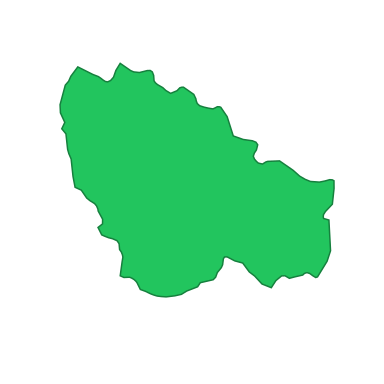 an SVG outline of Järva, rotated 103°
{"feature_id": "EST-1656", "entity_name": "Järva", "entity_type": "County", "adm_level": 1, "iso_a3": "EST", "parent_name": "Estonia", "parent_adm1": "", "projection": "orthographic", "projection_center": [25.661, 58.953], "detail": "fine", "context": "isolated", "style": "filled", "palette": "green", "viewbox_px": 384, "rotation_deg": 103, "n_neighbors": 0, "source": "natural_earth", "source_scale": "10m", "svg_char_len": 1977}
<svg xmlns="http://www.w3.org/2000/svg" viewBox="0 0 384 384"><g transform="rotate(103 192 192)"><path d="M213.7,307.0L203.7,311.4L187.0,317.2L182.4,320.6L178.4,322.8L163.7,327.9L159.7,333.1L152.8,331.6L144.5,338.0L136.6,340.2L116.4,339.5L111.8,337.1L106.5,336.1L95.8,331.4L99.8,314.9L100.6,309.2L101.6,306.6L102.9,303.8L103.8,301.4L103.7,299.0L101.7,296.4L97.8,294.3L90.6,293.5L82.8,290.9L87.5,279.1L88.1,275.8L87.4,270.1L83.7,262.8L83.0,260.0L83.9,257.7L87.0,255.6L92.2,254.0L93.8,252.3L95.1,249.8L96.9,243.9L99.0,240.3L100.7,235.0L96.7,229.4L93.2,227.3L92.2,225.5L91.8,223.9L96.5,212.2L100.3,209.2L102.2,208.4L104.6,206.8L106.2,204.0L106.6,199.4L106.6,195.0L106.3,190.3L104.7,188.2L103.2,186.5L102.8,184.3L103.0,183.0L110.7,174.7L128.1,164.4L129.3,153.9L128.5,144.7L129.1,140.9L131.2,138.6L136.5,138.7L140.1,140.0L143.4,140.3L145.9,138.5L147.7,136.1L148.9,133.9L148.9,129.6L146.2,126.9L145.2,125.3L142.0,113.7L148.1,98.4L152.3,90.7L154.2,84.6L155.1,79.0L153.7,70.1L151.3,64.8L149.0,60.6L148.6,58.0L149.1,56.2L156.6,54.4L172.3,52.5L181.0,57.6L184.5,58.8L186.8,58.5L188.2,57.8L188.5,52.3L218.1,43.8L229.1,44.8L246.5,50.6L247.5,52.2L246.4,55.5L244.9,58.9L244.7,61.7L245.3,63.1L246.4,64.4L248.0,65.4L251.5,72.6L254.2,77.7L252.7,82.5L253.6,85.8L259.4,90.3L267.4,93.2L265.9,103.1L259.8,112.0L257.0,118.2L249.8,126.6L249.5,134.8L247.3,143.2L248.0,145.7L250.0,146.4L256.0,145.8L259.1,146.4L264.8,149.2L269.7,149.8L272.7,151.6L278.5,163.5L283.1,165.2L289.7,174.9L294.1,179.3L297.0,185.3L300.0,193.6L300.8,198.6L301.2,202.6L301.0,205.9L300.5,209.5L299.2,215.4L298.6,220.4L292.6,225.3L291.5,226.7L290.3,228.8L289.4,231.6L289.1,233.7L290.6,239.1L289.8,243.1L275.6,244.4L271.0,244.7L268.8,245.7L266.2,247.5L264.4,249.6L258.8,251.4L256.3,254.1L255.4,258.9L255.3,263.1L254.7,267.2L254.1,270.3L247.7,275.6L243.2,272.0L238.6,273.0L231.7,279.1L229.7,279.9L227.0,281.9L225.2,284.3L223.4,289.5L221.6,293.2L215.1,300.3L213.7,307.0Z" fill="#22c55e" stroke="#15803d" stroke-width="1.5"/></g></svg>